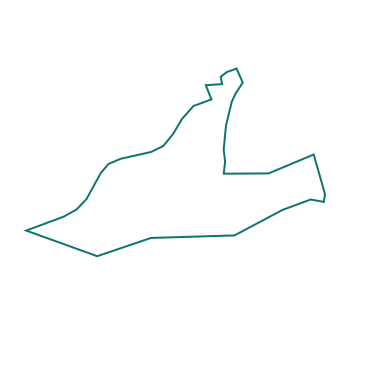 SVG path tracing the border of Lendava, rotated 125°
{"feature_id": "SVN-264", "entity_name": "Lendava", "entity_type": "Municipality", "adm_level": 1, "iso_a3": "SVN", "parent_name": "Slovenia", "parent_adm1": "", "projection": "robinson", "projection_center": [16.393, 46.569], "detail": "fine", "context": "isolated", "style": "outline", "palette": "teal", "viewbox_px": 384, "rotation_deg": 125, "n_neighbors": 0, "source": "natural_earth", "source_scale": "10m", "svg_char_len": 606}
<svg xmlns="http://www.w3.org/2000/svg" viewBox="0 0 384 384"><g transform="rotate(125 192 192)"><path d="M124.5,78.3L130.1,90.5L154.8,107.6L203.2,132.3L253.2,199.3L299.0,232.9L318.7,305.7L285.8,283.0L272.5,276.5L258.2,274.4L228.7,277.6L216.9,276.5L205.6,269.4L182.7,248.5L170.7,241.9L155.2,240.8L138.0,242.1L120.7,240.1L105.0,229.2L96.6,241.9L96.0,241.2L86.4,229.2L81.1,234.6L80.3,234.3L73.8,232.3L65.3,226.3L73.3,213.2L86.6,212.7L95.2,211.2L118.0,202.3L139.2,190.3L148.1,182.3L158.8,176.5L132.9,140.0L91.5,113.8L117.4,81.9L124.1,78.5L124.5,78.3Z" fill="none" stroke="#0f766e" stroke-width="2"/></g></svg>